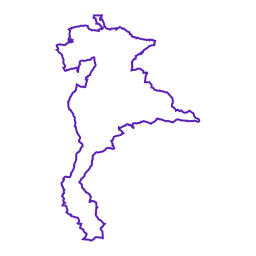 Sasciori, Alba, Romania
{"feature_id": "2599482B91452877532822", "entity_name": "Sasciori", "entity_type": "district", "adm_level": 2, "iso_a3": "ROU", "parent_name": "Romania", "parent_adm1": "Alba", "projection": "robinson", "projection_center": [23.57, 45.799], "detail": "fine", "context": "isolated", "style": "outline", "palette": "violet", "viewbox_px": 256, "rotation_deg": 0, "n_neighbors": 0, "source": "geoboundaries", "source_scale": "gbopen_adm2", "svg_char_len": 5606}
<svg xmlns="http://www.w3.org/2000/svg" viewBox="0 0 256 256"><path d="M172.3,98.1L167.1,92.3L165.4,92.4L163.6,91.5L160.7,91.1L159.7,90.5L158.7,90.9L154.4,89.7L153.4,88.1L151.5,87.4L151.6,84.9L149.3,82.2L144.9,82.2L145.7,76.1L146.1,75.3L146.2,74.1L147.2,73.5L147.0,72.6L143.3,72.8L143.4,71.0L140.1,68.7L137.6,68.6L136.2,69.6L131.5,70.3L131.9,68.1L132.3,67.5L132.4,66.6L132.0,66.2L132.2,63.8L131.8,63.5L132.1,61.6L134.0,59.1L135.6,58.8L135.6,57.2L136.4,56.0L136.2,55.7L137.4,55.3L137.9,54.6L140.3,53.8L140.2,53.3L140.6,53.2L140.8,54.0L141.7,53.4L142.8,52.2L142.2,51.8L144.0,50.3L144.2,49.8L146.5,48.5L149.7,45.9L154.4,44.9L154.5,43.7L154.2,43.7L155.1,40.8L152.1,40.2L152.2,39.8L149.7,39.6L149.3,40.3L148.8,39.8L146.5,40.1L146.3,39.7L143.1,39.4L139.2,38.5L137.9,37.8L136.4,38.3L136.2,37.6L132.1,36.7L131.9,35.4L130.6,34.2L129.8,34.2L129.6,32.4L127.4,31.5L123.7,28.5L123.3,28.8L122.0,28.6L121.6,27.9L120.6,27.3L119.3,27.2L116.7,29.2L116.8,28.4L116.2,28.1L115.3,28.6L111.3,28.6L110.3,29.1L110.3,29.5L107.9,29.0L106.0,28.1L105.1,26.5L104.6,26.6L103.6,22.6L102.1,19.3L100.3,20.0L99.9,18.8L100.6,18.6L100.4,17.8L101.4,17.3L101.9,15.4L94.1,15.4L93.6,16.8L93.6,18.0L95.2,18.3L96.0,19.5L95.8,20.6L96.8,22.2L96.3,23.6L99.0,23.9L99.7,25.0L100.5,25.3L100.8,26.3L102.8,27.8L102.8,28.1L102.1,28.1L101.9,29.0L100.4,29.0L98.7,29.7L98.7,31.0L94.5,30.2L91.6,30.3L91.0,29.5L90.1,29.5L88.9,28.8L87.9,27.3L87.8,26.0L85.1,25.4L83.6,25.8L80.9,25.7L79.3,26.4L76.9,26.6L71.2,28.1L71.3,28.6L70.1,28.7L68.8,29.4L70.1,30.9L69.4,34.4L69.7,36.0L70.0,36.2L70.0,37.1L68.9,38.2L68.5,40.2L69.0,41.8L69.3,41.4L68.9,41.0L69.3,40.1L69.5,40.0L69.2,40.7L69.5,40.8L69.9,39.8L71.7,39.5L72.0,40.2L70.7,40.2L71.2,40.0L70.4,39.8L69.9,40.3L70.0,40.9L69.8,41.2L72.1,40.6L71.9,41.1L72.5,41.8L71.1,42.3L68.6,42.2L66.4,43.7L66.4,44.1L66.0,44.4L64.5,45.1L59.2,44.3L56.7,45.2L56.7,46.0L58.3,48.9L57.8,49.8L57.1,50.0L57.8,50.4L58.8,52.3L60.6,53.4L62.2,55.2L62.3,56.9L63.5,59.3L63.4,63.2L65.1,65.8L65.0,67.0L63.4,67.8L64.8,70.5L65.3,70.9L66.2,70.6L66.6,70.0L67.9,70.1L70.8,68.8L74.1,68.6L75.4,67.9L78.1,67.6L77.2,70.4L77.6,71.7L78.0,71.8L78.9,65.9L80.2,64.2L79.5,62.8L80.2,61.2L81.4,60.6L85.5,60.8L88.0,59.7L89.6,60.0L90.8,59.5L91.5,58.2L93.3,57.4L94.3,57.5L94.5,61.1L95.6,65.0L95.4,66.0L93.9,67.5L93.5,68.7L91.1,72.0L90.3,73.6L90.0,75.2L88.0,75.8L87.7,77.0L86.6,77.1L86.6,77.6L86.1,77.8L86.4,78.3L85.8,79.3L86.3,80.0L87.2,80.0L85.9,84.0L86.0,84.6L85.0,87.2L82.8,86.6L81.9,86.9L80.5,86.6L76.8,84.5L75.9,90.1L75.0,90.7L75.0,91.4L72.8,92.7L71.0,96.2L70.5,96.5L68.9,100.9L68.3,101.5L68.5,101.9L68.1,102.6L68.4,103.2L68.4,107.0L68.9,107.8L69.2,109.3L71.0,110.3L71.1,111.1L73.0,113.6L73.6,116.1L74.4,116.8L74.9,118.0L74.6,119.9L75.3,121.9L75.4,124.0L74.7,126.0L75.3,126.9L76.0,127.2L75.9,128.2L77.2,132.9L79.9,136.9L80.1,137.8L79.6,139.5L78.9,140.6L79.1,141.6L81.9,143.7L82.4,144.5L82.7,146.1L81.1,147.6L80.5,148.7L80.6,149.3L79.6,151.1L78.5,152.2L77.8,152.3L76.6,153.7L76.2,154.8L76.3,158.6L75.9,160.5L74.0,165.0L74.3,166.0L74.2,166.8L73.2,170.0L71.0,173.3L71.3,173.7L71.2,174.4L70.5,175.6L70.3,176.7L69.1,177.3L65.8,176.6L64.9,176.9L63.3,178.6L63.2,179.1L64.0,179.6L63.3,181.2L61.5,183.0L62.0,186.0L62.7,186.7L63.4,188.7L64.4,189.7L63.7,190.5L64.1,193.1L62.8,193.9L62.9,195.1L62.2,195.6L62.1,196.2L64.0,198.4L63.9,199.3L63.3,200.1L63.4,201.3L64.8,202.7L64.1,202.8L63.3,203.7L63.2,204.7L62.7,205.4L65.3,205.4L66.3,206.4L67.5,210.6L66.4,212.2L68.4,213.9L69.9,214.7L70.9,214.7L70.6,215.3L71.0,215.9L76.7,217.7L77.8,217.7L78.8,219.5L79.3,221.3L77.7,223.4L78.7,223.9L81.3,223.8L80.0,227.8L83.4,229.6L83.5,230.7L84.5,232.3L86.5,233.6L86.5,235.0L85.7,236.0L85.5,236.9L83.1,239.2L89.3,239.7L90.7,240.6L92.6,239.9L94.2,238.8L95.1,237.5L95.9,237.1L101.3,237.7L102.7,238.2L102.8,236.1L102.4,231.5L100.7,229.0L100.8,227.9L102.4,226.9L103.6,225.0L104.8,223.9L103.4,223.4L100.9,220.5L98.4,219.3L97.8,217.8L96.0,215.6L95.6,214.0L96.2,213.0L96.0,212.4L96.1,209.5L96.7,208.1L96.5,207.9L97.3,207.4L96.4,206.3L96.2,202.7L94.2,201.4L92.2,200.8L90.9,201.3L90.2,202.0L89.5,201.8L90.9,196.8L90.3,196.2L89.6,194.3L88.8,194.1L87.5,192.7L86.1,192.5L85.2,190.8L84.1,190.1L83.8,189.0L82.1,187.7L81.8,184.4L79.3,182.3L81.1,179.7L81.3,178.7L82.5,178.1L84.6,175.9L84.5,174.9L85.3,173.2L89.4,168.9L90.5,166.2L91.5,165.7L92.0,163.9L91.8,161.5L92.8,159.6L92.4,159.1L92.9,157.3L92.6,156.1L93.3,154.9L94.3,154.4L95.1,153.2L96.4,152.2L98.1,152.5L102.8,151.5L105.3,149.8L105.9,148.7L107.5,147.8L109.0,148.2L110.3,147.9L112.0,148.9L114.2,148.6L113.5,146.3L112.4,145.6L112.8,145.1L112.8,144.2L111.3,140.8L112.9,139.8L113.8,137.0L116.0,136.0L119.8,135.3L121.2,134.7L121.7,133.9L123.4,133.4L121.2,130.6L119.1,129.7L118.9,128.9L119.2,128.7L118.8,128.1L118.9,127.3L119.8,127.8L121.5,127.4L123.9,125.9L125.8,125.5L126.2,124.6L126.9,124.2L128.1,124.3L129.1,125.1L130.0,124.7L133.2,127.9L133.6,127.8L133.5,127.1L132.3,126.3L132.9,123.5L135.5,123.2L136.6,123.6L138.1,122.9L139.0,123.1L140.1,122.7L141.0,121.7L142.4,121.8L143.6,121.1L147.9,122.4L150.9,123.8L152.2,122.7L153.9,122.1L156.3,120.0L156.8,119.4L156.6,118.9L158.0,118.5L159.3,119.3L161.5,119.4L162.1,119.9L166.0,121.1L166.8,121.3L167.8,120.9L173.0,122.4L175.7,120.1L177.6,119.3L180.8,120.1L181.5,120.6L184.0,120.4L186.0,120.9L187.0,120.6L188.1,121.4L190.2,120.9L192.3,121.2L194.4,120.6L198.2,121.9L199.3,121.0L198.9,119.4L198.3,118.9L195.9,118.0L194.7,116.9L193.9,115.2L193.9,114.4L193.0,113.1L189.3,110.7L187.3,112.2L185.4,112.7L183.6,112.5L181.1,110.4L179.5,111.2L178.4,110.0L177.2,109.9L175.9,110.7L175.6,109.4L173.6,107.4L171.9,106.6L172.0,104.1L172.8,103.1L172.7,101.3L172.9,100.8L172.3,98.1Z" fill="none" stroke="#5b21b6" stroke-width="2"/></svg>